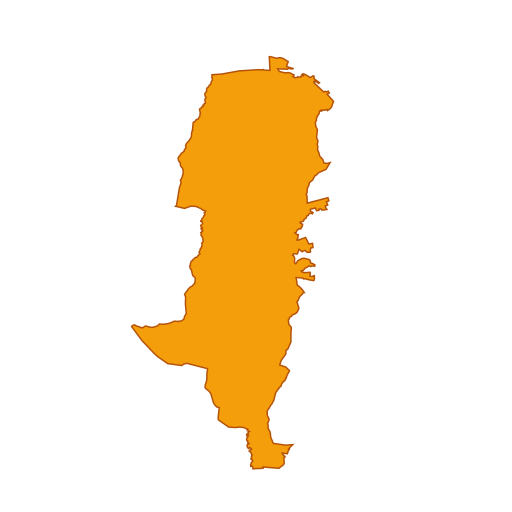 Bulzesti, Dolj, Romania (Natural Earth projection), rotated 211°
{"feature_id": "2599482B75333597382739", "entity_name": "Bulzesti", "entity_type": "district", "adm_level": 2, "iso_a3": "ROU", "parent_name": "Romania", "parent_adm1": "Dolj", "projection": "natural_earth1", "projection_center": [23.863, 44.579], "detail": "fine", "context": "isolated", "style": "filled", "palette": "amber", "viewbox_px": 512, "rotation_deg": 211, "n_neighbors": 0, "source": "geoboundaries", "source_scale": "gbopen_adm2", "svg_char_len": 6113}
<svg xmlns="http://www.w3.org/2000/svg" viewBox="0 0 512 512"><g transform="rotate(211 256 256)"><path d="M290.8,437.2L297.6,437.9L298.8,440.0L299.5,440.0L300.2,439.4L301.3,436.9L307.2,437.0L309.5,436.4L310.0,435.2L308.2,435.2L308.2,434.8L309.7,434.5L310.1,433.0L309.8,432.6L310.8,431.7L312.5,431.2L312.6,430.4L314.5,428.9L316.7,428.7L316.4,430.2L316.9,431.0L317.8,430.5L320.6,430.6L322.8,429.8L325.5,427.9L331.0,426.2L333.8,427.6L325.1,432.4L324.7,433.7L321.5,434.8L321.3,435.4L320.1,436.0L327.5,434.1L328.5,439.2L334.5,439.3L337.3,438.5L338.8,437.5L339.5,436.4L346.5,434.2L347.3,433.7L339.6,422.3L344.8,419.5L346.1,419.5L346.8,418.6L350.0,416.9L365.5,406.2L379.0,394.4L387.1,388.7L386.4,387.8L386.0,386.5L384.9,385.7L384.1,384.2L384.0,382.3L383.3,379.6L384.0,378.6L383.8,376.2L384.4,375.4L384.3,373.6L383.1,371.6L383.5,369.3L383.3,368.4L381.8,366.8L380.6,366.3L380.2,365.1L380.6,364.1L378.0,360.7L378.8,359.9L378.5,358.6L379.1,358.2L378.3,356.9L379.2,356.3L379.2,354.7L380.1,352.8L377.2,349.7L377.3,349.3L376.2,347.1L376.1,343.6L377.4,342.2L377.6,340.0L378.6,338.2L375.8,332.1L375.0,331.4L375.2,330.4L374.3,327.7L373.0,325.4L372.6,323.1L372.9,320.6L372.7,319.7L373.2,318.8L373.6,315.7L373.0,313.9L371.7,312.7L372.1,310.0L371.5,308.9L372.9,305.3L373.3,299.9L371.7,298.0L368.8,296.6L367.1,294.4L364.3,293.4L362.9,292.2L361.1,289.6L359.8,284.9L359.8,281.9L358.5,281.0L357.7,279.4L356.9,275.3L350.2,258.4L350.6,257.2L341.8,260.0L337.7,265.0L333.2,267.5L328.3,268.2L325.1,268.0L322.3,268.6L322.2,266.8L322.6,266.2L321.6,265.6L321.0,264.6L321.4,263.8L321.1,262.1L321.5,260.0L320.9,258.9L321.5,257.6L321.1,257.2L320.3,257.7L318.5,256.5L318.6,254.6L319.2,253.8L317.9,252.7L316.6,252.5L317.3,251.7L316.9,250.8L315.8,251.1L314.9,250.6L314.6,250.0L315.3,249.3L314.9,248.4L315.4,247.6L314.0,246.8L314.0,245.6L311.4,244.4L309.0,241.6L308.7,241.1L309.2,239.1L308.5,238.8L307.6,236.8L307.1,234.4L307.6,233.9L306.9,232.2L306.7,229.7L305.1,229.0L305.9,226.7L305.9,224.6L307.1,223.7L308.1,220.8L308.1,219.4L308.8,218.1L308.1,215.1L307.5,214.4L307.6,213.1L305.7,211.3L304.6,211.1L300.2,206.7L297.0,206.0L295.6,203.9L294.4,200.9L295.0,199.4L295.0,197.8L296.3,195.6L297.0,193.0L297.5,186.4L295.2,184.6L291.8,178.5L286.2,170.9L286.1,167.2L285.3,165.0L286.0,162.8L287.2,161.2L288.4,160.6L288.6,160.0L292.4,158.1L295.1,154.3L297.1,152.3L300.2,149.8L303.7,148.0L304.5,145.3L307.6,141.8L309.4,140.7L314.7,139.1L316.4,135.8L322.8,134.4L324.8,134.4L326.3,132.4L326.2,131.4L309.9,124.7L293.7,120.2L288.4,119.1L276.2,118.3L263.2,123.9L262.3,126.2L259.9,128.4L239.8,134.4L239.2,134.2L237.9,130.6L234.3,124.4L233.0,119.1L232.0,117.1L230.3,116.4L226.8,116.0L223.7,114.7L217.2,108.6L214.8,107.2L211.9,106.4L209.4,107.1L205.2,97.9L204.2,96.5L203.3,96.1L191.3,95.3L185.2,98.4L182.4,100.6L178.7,102.5L174.3,103.2L174.2,102.6L173.4,102.9L173.2,101.8L171.5,102.0L171.8,101.7L171.7,100.2L170.8,99.3L172.0,99.2L172.2,98.4L171.5,97.3L170.4,97.9L170.0,97.6L169.8,96.9L170.2,96.2L169.8,94.2L168.9,93.2L168.0,93.2L167.7,92.4L166.8,92.3L166.7,91.6L165.3,91.5L166.4,89.9L165.6,88.3L164.3,87.3L163.0,87.2L163.2,88.1L162.9,88.6L160.4,88.3L160.3,87.5L161.1,86.7L160.8,85.8L161.3,85.3L158.2,84.5L157.6,83.5L156.8,83.4L156.6,81.5L155.5,80.8L156.0,79.9L155.8,79.3L153.7,79.1L153.2,78.4L153.6,76.5L153.2,75.7L153.3,74.8L152.2,73.0L151.5,73.9L151.0,73.9L149.5,72.9L149.1,72.0L140.6,77.7L141.4,78.7L127.1,85.8L124.9,91.3L125.1,92.9L127.9,97.0L128.2,97.9L127.6,98.4L127.8,99.0L130.7,99.6L132.0,100.6L127.3,102.6L128.0,105.6L127.9,107.6L128.8,107.5L127.4,113.2L133.0,109.2L144.7,104.3L150.0,108.2L153.0,112.2L157.0,114.7L158.5,117.3L159.8,118.3L160.3,122.1L161.3,123.4L164.0,124.9L166.3,128.4L166.7,130.0L166.4,132.3L166.5,135.8L166.2,137.1L166.5,141.8L168.7,148.8L168.4,153.6L168.1,154.1L168.5,154.6L167.5,157.4L168.1,159.6L167.9,162.1L167.4,162.8L167.6,163.3L167.0,165.0L167.6,166.8L167.2,167.2L167.9,169.1L168.2,175.0L173.2,176.1L179.6,174.8L180.6,179.6L180.0,187.5L181.8,190.6L180.8,192.4L181.8,200.3L186.7,208.5L188.3,212.0L189.6,213.4L192.4,214.2L195.4,217.8L195.2,219.4L195.6,220.7L194.6,222.4L194.6,224.0L192.4,227.1L191.8,229.3L192.3,233.3L197.5,238.0L197.0,239.4L197.7,243.6L196.7,247.0L196.6,248.7L195.7,249.5L199.8,251.3L203.3,252.1L205.6,252.2L210.5,258.2L204.4,261.3L203.5,260.8L201.7,262.0L198.8,262.7L193.9,264.6L193.7,265.4L194.3,266.8L195.9,269.2L196.8,268.2L196.7,267.6L199.3,266.4L200.7,269.5L201.3,269.9L205.9,266.6L208.3,266.0L209.6,266.6L207.9,268.1L207.8,270.7L206.5,272.4L205.6,274.8L203.8,275.0L202.9,276.4L200.4,277.5L201.1,278.8L201.7,278.3L202.9,278.8L205.9,278.2L206.9,279.7L208.3,280.4L213.5,278.9L215.2,277.7L217.7,273.6L217.9,269.8L219.4,269.9L221.8,274.1L223.5,275.5L225.1,275.5L224.9,277.4L221.6,279.0L222.6,283.9L218.7,283.4L217.7,285.2L216.8,286.0L214.0,285.5L211.6,287.1L211.4,287.7L212.6,289.2L213.2,291.0L211.5,292.6L214.1,296.0L216.8,293.4L223.0,297.4L228.0,291.3L229.3,290.7L229.3,292.7L230.8,296.1L232.3,295.4L234.5,296.0L233.8,296.7L234.0,299.5L233.3,300.8L233.3,301.6L231.5,302.3L232.0,304.3L231.5,304.9L232.4,307.2L235.3,307.1L235.6,307.6L233.3,310.4L233.6,312.6L232.6,313.9L233.0,316.9L232.1,317.6L232.3,319.5L231.0,320.9L229.4,321.2L229.5,322.6L232.7,322.5L233.4,324.1L229.9,327.7L227.4,326.0L225.7,327.5L225.6,328.2L226.1,328.6L224.6,329.9L223.0,329.3L219.2,332.4L221.9,333.8L222.4,334.6L220.8,336.6L223.6,338.8L222.0,340.6L222.2,341.1L224.4,343.0L239.3,327.7L243.3,333.8L244.7,334.7L244.9,336.6L247.0,340.7L247.0,343.2L248.0,346.5L246.5,350.4L246.9,352.4L246.6,354.4L246.9,355.2L245.7,357.0L245.5,359.3L240.6,366.4L240.6,374.2L242.9,371.8L245.9,370.7L248.2,373.0L253.0,374.5L254.2,376.0L258.1,378.9L259.3,381.6L260.8,382.8L262.2,386.6L265.0,388.5L268.4,395.9L271.6,398.0L274.0,401.2L274.1,403.5L275.2,405.2L275.1,407.0L275.5,407.8L275.2,410.3L276.1,412.9L274.6,414.0L275.4,414.3L274.9,415.0L273.2,415.7L270.4,417.9L269.6,417.5L269.5,418.0L269.9,418.4L269.1,418.6L268.5,419.7L268.0,422.6L269.2,428.5L278.4,431.3L277.1,433.5L279.1,434.5L280.2,432.8L281.4,432.8L282.6,431.5L295.4,434.3L296.2,435.2L295.9,436.2L294.5,436.0L294.2,436.6L291.2,436.2L290.8,437.2Z" fill="#f59e0b" stroke="#b45309" stroke-width="1.5"/></g></svg>